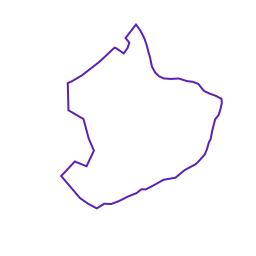 Aboudéia, Salamat, Chad (Albers equal-area conic projection), rotated 312°
{"feature_id": "50815135B13353907786726", "entity_name": "Aboudéia", "entity_type": "district", "adm_level": 2, "iso_a3": "TCD", "parent_name": "Chad", "parent_adm1": "Salamat", "projection": "albers", "projection_center": [19.686, 11.562], "detail": "fine", "context": "isolated", "style": "outline", "palette": "violet", "viewbox_px": 256, "rotation_deg": 312, "n_neighbors": 0, "source": "geoboundaries", "source_scale": "gbopen_adm2", "svg_char_len": 1046}
<svg xmlns="http://www.w3.org/2000/svg" viewBox="0 0 256 256"><g transform="rotate(312 128 128)"><path d="M47.4,158.6L55.8,161.0L60.3,166.4L67.5,170.1L71.0,171.5L77.2,173.9L85.3,177.9L87.6,178.3L89.8,178.7L91.3,178.9L94.3,182.3L101.1,184.9L113.2,189.0L122.8,196.5L134.7,198.3L142.3,201.0L146.1,202.5L151.0,202.8L154.9,202.8L159.9,202.7L165.2,200.8L171.5,197.7L175.4,196.7L181.8,192.7L187.1,189.9L192.7,187.0L198.4,186.6L202.7,184.7L206.0,182.9L209.6,180.8L212.2,177.9L210.7,171.9L208.0,165.1L206.4,159.8L207.0,155.4L207.8,150.7L205.7,145.3L202.3,140.4L198.7,132.5L193.3,127.2L188.7,121.3L187.2,116.4L187.4,111.1L189.7,104.6L195.1,97.3L198.6,91.6L201.9,86.7L205.6,80.1L208.2,73.3L209.3,69.6L210.2,64.7L195.4,65.8L193.3,65.9L192.7,69.2L192.7,69.3L192.3,71.7L192.3,71.9L187.0,74.2L180.6,74.9L179.4,66.1L179.4,65.7L178.6,64.2L158.4,62.5L136.1,58.5L125.1,55.0L121.1,53.2L101.3,71.9L104.9,88.9L93.8,106.0L88.4,117.8L71.8,122.8L67.5,110.9L47.6,110.5L43.8,139.1L44.4,144.1L45.0,149.1L47.4,158.6Z" fill="none" stroke="#5b21b6" stroke-width="2"/></g></svg>